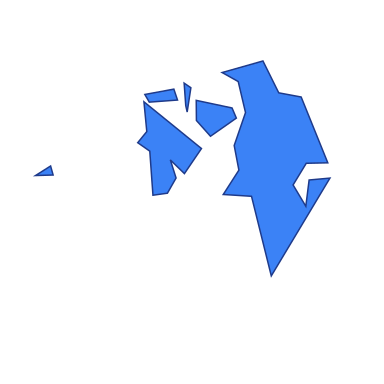 the border of Denmark, rotated 157°
{"feature_id": "DNK", "entity_name": "Denmark", "entity_type": "country or territory", "adm_level": 0, "iso_a3": "DNK", "parent_name": "Europe", "parent_adm1": "", "projection": "mercator", "projection_center": [10.731, 56.183], "detail": "coarse", "context": "isolated", "style": "filled", "palette": "blue", "viewbox_px": 384, "rotation_deg": 157, "n_neighbors": 0, "source": "natural_earth", "source_scale": "50m", "svg_char_len": 754}
<svg xmlns="http://www.w3.org/2000/svg" viewBox="0 0 384 384"><g transform="rotate(157 192 192)"><path d="M117.6,290.2L75.5,284.9L73.4,249.4L54.4,236.8L55.6,165.8L75.6,173.8L96.2,159.0L92.8,134.4L79.5,157.3L59.6,150.9L151.8,83.8L138.9,164.8L164.2,177.5L140.3,193.8L135.0,218.3L111.7,244.2L106.3,275.6L117.6,290.2ZM229.2,204.3L214.9,246.1L222.7,258.6L210.0,265.3L201.0,293.8L166.3,228.3L191.8,211.9L199.4,230.0L201.2,211.1L215.1,200.5L229.2,204.3ZM153.2,236.1L160.0,256.1L152.3,274.7L122.3,253.7L122.3,242.7L153.2,236.1ZM169.4,282.3L196.2,291.4L197.3,300.2L168.5,293.8L169.4,282.3ZM329.6,268.3L312.0,271.2L313.2,261.9L329.6,268.3ZM156.7,295.3L152.3,288.4L165.2,267.5L164.0,274.0L156.7,295.3Z" fill="#3b82f6" stroke="#1e3a8a" stroke-width="1.5"/></g></svg>